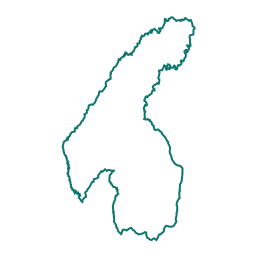 Patía, Cauca, Colombia, rotated 181°
{"feature_id": "7082276B46133695651434", "entity_name": "Patía", "entity_type": "district", "adm_level": 2, "iso_a3": "COL", "parent_name": "Colombia", "parent_adm1": "Cauca", "projection": "equal_earth", "projection_center": [-77.047, 2.133], "detail": "fine", "context": "isolated", "style": "outline", "palette": "teal", "viewbox_px": 256, "rotation_deg": 181, "n_neighbors": 0, "source": "geoboundaries", "source_scale": "gbopen_adm2", "svg_char_len": 5786}
<svg xmlns="http://www.w3.org/2000/svg" viewBox="0 0 256 256"><g transform="rotate(181 128 128)"><path d="M72.8,88.7L75.0,91.0L77.4,91.4L80.2,92.8L83.4,97.1L84.4,101.1L85.6,103.4L86.0,105.4L85.7,106.5L85.7,109.3L86.2,110.8L87.6,113.3L87.5,114.2L88.1,115.4L88.8,115.6L89.6,117.7L91.1,120.0L92.5,121.1L93.1,122.2L93.9,122.6L94.5,124.5L96.1,125.4L97.7,127.0L98.8,127.0L100.4,126.3L101.6,127.0L101.9,128.5L102.4,129.5L102.4,130.8L103.9,131.7L104.6,134.2L105.3,134.9L106.0,134.9L106.3,136.3L107.7,136.4L108.4,137.4L110.1,136.7L112.0,137.3L111.2,139.1L111.7,141.2L111.4,143.1L111.5,143.7L111.1,144.4L111.9,144.7L111.7,146.5L112.2,146.7L112.5,147.8L112.4,149.0L111.6,149.7L111.2,151.5L110.8,151.6L110.2,150.9L109.4,151.4L110.3,154.2L112.2,155.6L111.9,156.8L111.3,157.4L111.1,159.2L110.4,159.9L109.2,159.2L108.3,160.5L105.1,162.7L104.1,165.9L103.5,166.3L102.2,166.0L102.1,167.2L103.9,168.8L103.9,169.5L103.2,170.8L101.9,171.5L99.5,173.4L98.3,172.6L98.0,172.9L97.4,176.7L98.6,178.3L97.4,183.6L98.1,185.4L97.8,186.1L94.8,186.4L94.3,188.1L93.2,189.4L93.1,190.9L92.6,191.3L91.2,190.4L90.9,187.3L90.4,186.9L89.8,187.8L90.5,189.9L89.6,190.8L89.1,192.4L87.7,192.0L86.9,190.9L87.0,189.7L88.3,188.4L88.1,187.7L87.4,187.7L87.0,189.1L86.2,189.4L84.7,188.9L84.0,189.1L83.3,190.9L82.8,191.2L81.9,190.4L81.8,187.8L81.3,187.3L80.7,187.3L80.0,187.9L79.2,191.4L78.7,191.8L77.4,191.4L75.8,192.9L75.8,194.1L76.3,195.3L76.1,196.4L75.6,196.5L75.4,195.9L74.6,195.6L73.7,195.8L73.2,196.8L72.6,198.9L71.5,200.2L71.3,201.6L73.0,205.5L71.8,206.9L71.0,207.2L70.5,206.7L70.4,204.8L69.8,205.3L68.5,208.1L68.4,209.0L68.8,209.9L69.9,210.6L70.2,211.4L70.1,211.8L68.6,211.5L67.5,210.7L67.1,210.9L66.9,212.7L67.6,214.3L67.4,217.8L68.0,219.4L68.0,220.8L67.8,221.4L66.5,222.2L65.2,222.3L64.2,222.8L64.3,227.1L63.0,228.8L63.9,230.2L65.2,230.9L65.5,233.2L67.1,237.0L67.8,237.1L68.8,236.2L72.6,238.9L73.0,238.8L73.5,237.4L74.2,237.0L75.3,236.8L75.7,237.4L76.4,237.3L77.2,235.9L78.6,236.9L81.6,235.9L82.3,237.0L83.2,237.3L85.3,239.3L86.4,239.5L88.3,238.0L89.1,237.9L89.4,237.2L89.3,236.2L90.6,235.6L91.4,235.7L92.3,237.6L92.9,237.7L93.2,236.9L93.0,234.8L93.2,233.4L95.2,228.9L96.4,227.9L97.4,228.4L98.7,228.0L98.6,227.4L97.2,225.7L98.0,224.9L98.4,223.6L99.8,223.7L100.5,225.6L102.1,226.3L103.1,227.6L104.0,226.9L105.2,226.8L106.1,223.6L106.7,223.8L107.1,225.6L107.6,225.0L107.7,223.8L109.4,223.6L109.6,222.0L112.1,222.7L112.7,222.2L113.2,220.7L113.6,220.5L115.0,219.9L115.8,220.4L115.9,219.0L116.9,218.5L116.6,217.1L118.0,215.1L117.8,213.9L118.0,212.8L119.3,212.4L119.9,212.7L120.1,212.1L120.0,210.1L121.1,209.2L121.5,209.3L121.8,208.7L122.3,208.8L123.6,204.7L124.8,204.2L125.3,203.3L125.6,201.2L126.2,201.3L127.1,202.4L128.5,201.2L129.1,201.0L130.9,203.0L132.1,201.0L132.4,202.5L134.1,199.1L135.6,198.4L136.8,196.8L137.0,195.8L137.7,195.6L138.1,196.7L138.4,196.7L139.3,193.0L140.2,191.3L141.5,189.2L143.2,188.3L144.5,185.2L146.4,183.1L146.4,182.5L145.9,182.1L146.6,180.4L146.2,178.2L146.3,176.8L147.4,176.6L148.3,175.3L149.5,175.1L151.0,173.3L151.1,172.7L150.6,169.3L151.8,168.2L152.3,166.9L154.7,163.9L156.4,164.2L157.3,163.9L157.9,160.6L160.3,156.5L160.8,154.4L161.7,152.6L163.6,150.6L165.1,151.0L167.5,149.8L167.9,148.5L167.8,147.1L168.4,145.6L169.2,145.4L169.5,144.9L169.4,142.6L170.0,141.9L171.8,141.0L171.4,139.1L171.6,137.8L172.0,136.9L172.7,136.5L173.1,134.8L174.2,134.3L176.1,130.5L178.5,129.0L178.8,128.4L178.7,127.3L179.3,126.7L180.7,127.2L181.3,125.7L181.0,124.5L181.3,123.4L184.0,122.9L185.6,120.7L186.1,119.0L187.1,118.1L187.4,117.2L188.4,117.4L188.9,116.0L188.0,115.8L187.9,115.2L190.1,114.4L191.9,113.0L193.0,107.9L192.2,105.6L191.9,103.0L191.4,102.2L191.1,100.7L190.2,99.4L189.5,99.1L189.5,98.0L189.1,97.9L188.8,97.1L188.7,95.1L187.8,94.2L188.1,91.1L187.7,90.9L187.2,91.5L187.2,89.9L186.6,89.9L186.7,87.9L187.0,87.9L187.1,87.5L186.8,87.2L186.2,87.5L186.0,87.1L186.2,86.6L186.5,86.9L187.3,86.2L186.6,83.8L187.6,82.0L187.6,81.0L187.0,81.0L187.2,80.3L186.7,79.7L186.8,78.8L185.9,78.4L185.5,77.2L185.6,76.6L185.4,75.9L185.8,74.8L184.9,74.1L184.4,70.7L183.9,70.2L184.0,69.0L183.4,67.8L183.7,67.4L182.9,66.5L182.6,65.4L181.8,65.6L181.2,64.1L180.9,64.3L180.6,63.1L180.3,63.2L180.1,64.2L179.8,64.3L179.8,62.1L178.7,63.2L178.5,62.5L178.0,62.4L178.1,61.8L177.2,61.2L176.7,62.3L176.2,61.3L175.7,61.3L175.8,60.5L175.2,60.7L175.2,60.0L174.7,59.5L175.5,59.1L176.0,57.3L174.9,56.4L173.1,53.7L172.4,53.3L172.3,54.9L171.8,55.8L170.5,57.4L168.8,58.5L168.8,59.5L169.7,62.3L169.4,63.2L167.7,64.7L167.2,66.4L165.8,67.7L163.0,73.3L161.5,73.7L161.5,75.2L161.1,76.4L159.4,76.7L156.8,78.0L157.0,80.3L154.9,82.8L154.2,84.2L153.8,84.4L153.0,83.8L152.4,84.1L150.2,86.3L148.4,84.7L147.2,85.6L146.3,85.8L143.7,85.0L141.4,85.1L141.6,84.6L142.5,84.2L145.4,80.4L145.8,74.7L145.0,73.3L144.3,73.2L144.1,72.0L143.4,71.8L142.0,69.1L139.5,68.5L138.7,67.2L138.0,67.5L138.0,66.4L137.4,66.1L137.8,64.8L137.4,64.3L137.1,62.3L136.8,62.1L137.1,61.9L137.6,60.5L138.7,60.4L139.4,59.3L139.2,58.7L139.5,58.2L139.6,56.3L141.1,52.8L141.8,48.3L141.3,45.1L140.7,44.0L140.8,43.2L141.3,43.2L140.6,40.3L140.7,39.7L140.3,39.4L140.5,38.0L140.2,35.0L140.5,34.1L138.2,30.8L137.9,28.5L137.1,28.1L137.0,27.3L135.8,24.3L133.0,21.8L131.3,26.2L129.3,26.3L127.6,25.5L124.5,27.8L123.1,28.2L121.0,25.9L120.1,25.6L118.3,23.4L115.4,21.8L111.6,22.7L109.1,24.2L108.4,24.1L107.9,23.5L107.9,21.4L106.9,18.7L103.4,16.5L102.5,16.5L100.2,18.1L98.6,17.4L97.7,16.5L96.6,18.3L95.5,21.1L94.7,22.3L93.4,22.3L92.2,23.8L90.8,24.7L90.2,25.8L90.2,27.7L89.0,30.3L87.9,30.9L84.4,30.0L81.6,30.3L80.5,31.1L78.0,35.1L78.5,37.0L78.6,38.8L77.9,41.3L78.0,43.9L77.4,45.4L77.4,49.4L77.6,51.0L78.0,51.3L77.9,54.0L76.9,56.6L76.2,57.4L75.7,58.5L75.1,58.9L75.5,60.3L75.4,63.0L75.7,64.0L75.3,65.9L74.8,66.3L75.3,67.7L75.0,72.5L73.5,75.5L72.8,82.9L72.8,88.7Z" fill="none" stroke="#0f766e" stroke-width="2"/></g></svg>